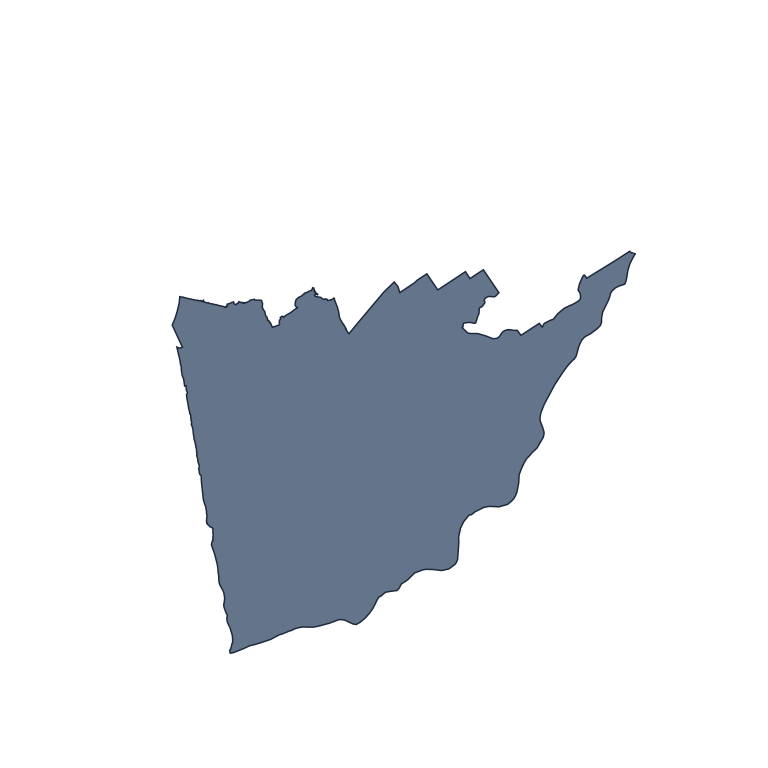 Chilia Veche, Tulcea, Romania, rotated 145°
{"feature_id": "2599482B80107989575451", "entity_name": "Chilia Veche", "entity_type": "district", "adm_level": 2, "iso_a3": "ROU", "parent_name": "Romania", "parent_adm1": "Tulcea", "projection": "orthographic", "projection_center": [29.347, 45.324], "detail": "fine", "context": "isolated", "style": "filled", "palette": "slate", "viewbox_px": 768, "rotation_deg": 145, "n_neighbors": 0, "source": "geoboundaries", "source_scale": "gbopen_adm2", "svg_char_len": 6159}
<svg xmlns="http://www.w3.org/2000/svg" viewBox="0 0 768 768"><g transform="rotate(145 384 384)"><path d="M386.5,502.9L387.0,503.3L387.3,503.1L387.4,503.7L389.0,502.5L389.9,502.3L390.4,502.6L395.3,503.4L396.6,503.9L397.4,503.9L397.9,503.6L398.8,503.8L400.3,503.3L403.9,503.9L405.9,503.8L407.2,503.6L408.5,503.0L410.7,500.8L411.7,499.3L411.8,499.0L411.7,497.8L411.1,496.3L411.4,496.2L414.2,496.3L418.4,496.0L427.5,496.6L427.7,496.3L427.8,496.2L427.9,496.6L428.2,496.9L428.3,497.7L428.5,497.9L430.6,498.1L431.0,497.7L431.1,497.1L431.5,496.4L432.6,496.3L433.6,495.7L434.5,494.5L435.2,492.9L436.0,492.5L442.9,494.4L441.9,499.6L442.5,500.3L442.1,501.1L442.1,502.2L442.2,502.6L442.9,503.2L442.1,504.3L441.5,505.7L441.7,506.8L441.7,507.9L440.1,512.0L440.2,513.2L439.8,516.5L437.3,519.6L437.0,521.5L436.3,522.6L436.5,523.0L441.6,526.8L441.5,527.7L442.9,528.3L445.5,529.4L447.1,529.1L451.4,530.1L451.7,530.8L452.1,531.0L452.3,530.8L451.9,530.6L452.4,530.4L453.1,530.7L453.2,530.9L453.0,531.3L453.4,531.7L453.5,532.4L454.8,533.0L454.9,533.6L455.3,533.9L454.9,534.1L455.7,534.1L455.7,534.6L456.5,534.4L457.1,533.9L458.9,534.2L459.7,533.9L460.8,535.2L460.8,536.0L460.7,536.4L460.1,537.1L460.2,537.6L461.2,537.7L461.8,538.2L462.5,538.1L464.9,538.7L466.7,539.3L466.9,538.9L467.4,538.7L467.3,538.3L467.6,538.1L467.9,537.7L468.8,537.8L469.2,538.2L469.6,538.3L469.0,537.7L470.2,537.8L470.1,538.2L470.4,538.3L471.2,539.7L475.3,544.2L475.6,545.0L477.4,546.4L478.7,548.3L479.2,548.4L479.6,548.8L480.7,550.2L481.4,551.5L482.1,551.6L484.2,554.3L484.1,555.1L484.5,554.6L484.8,555.2L484.6,556.0L485.5,555.8L485.9,556.0L485.6,556.6L486.2,557.5L487.0,557.6L487.6,558.2L487.8,558.7L488.2,558.7L488.6,559.4L489.6,560.1L498.4,569.6L498.3,570.0L498.7,570.1L501.2,572.7L505.5,567.6L511.9,562.0L517.3,557.8L523.7,553.7L528.0,529.8L530.9,530.5L532.5,533.1L537.6,520.3L539.4,516.9L540.1,514.6L541.7,512.2L544.4,506.8L545.4,502.7L548.5,496.7L547.2,496.2L548.2,494.5L548.4,493.8L549.5,492.5L549.5,491.6L550.0,489.6L550.5,489.1L551.8,488.7L553.7,485.3L556.1,479.8L558.0,476.1L559.4,472.2L560.1,471.3L560.2,470.8L559.9,470.2L560.0,470.0L561.1,467.8L563.0,464.8L563.3,463.1L565.0,461.5L565.7,458.6L566.6,456.2L568.2,453.6L569.6,450.8L570.2,449.6L570.3,448.7L571.0,448.2L571.3,447.6L571.9,445.3L572.4,444.4L573.4,441.9L574.1,440.6L575.2,437.8L576.8,435.3L576.9,434.6L577.7,433.8L578.5,432.7L579.3,430.1L581.3,426.4L581.9,423.6L582.3,422.8L584.6,420.6L584.8,420.1L584.8,419.4L585.9,418.0L586.6,415.8L586.7,415.1L586.4,414.0L586.6,413.4L590.0,408.0L598.6,392.3L600.9,384.5L601.1,384.3L601.9,383.0L602.2,381.8L603.6,379.9L604.6,377.3L606.2,375.9L607.0,374.7L607.1,374.4L607.5,374.1L608.2,373.3L608.4,372.6L609.0,371.8L609.1,371.4L608.7,371.1L609.1,370.3L609.1,369.9L608.7,369.2L608.5,367.7L608.6,367.1L607.7,365.9L607.6,365.2L607.2,364.9L607.0,363.9L609.7,359.9L610.2,358.7L612.3,356.5L612.7,355.3L614.1,354.3L614.3,353.9L614.1,353.8L615.7,353.1L617.1,351.8L617.7,350.9L620.3,341.9L623.7,332.7L625.8,328.3L628.0,324.7L628.2,324.0L628.7,323.4L629.0,322.4L632.4,317.0L633.2,315.2L633.8,312.9L634.5,306.7L634.7,305.6L635.4,303.9L637.3,300.0L639.2,297.9L639.7,297.1L641.3,295.8L642.1,294.8L643.1,292.8L644.5,287.8L645.1,284.1L646.7,282.8L647.6,281.4L648.8,279.1L649.2,277.5L649.9,272.8L652.4,265.2L654.2,262.0L656.7,258.5L657.2,258.7L660.2,256.0L661.6,255.0L663.2,254.3L664.4,251.7L661.1,250.2L651.4,247.9L643.7,246.5L640.1,245.0L633.9,242.9L623.2,239.8L614.0,238.7L610.4,237.5L603.3,236.0L601.3,235.2L597.6,234.7L592.8,233.0L589.2,231.1L584.7,227.7L581.2,225.3L576.8,223.3L565.8,219.3L556.7,217.0L554.7,216.0L551.7,213.2L547.0,205.2L544.7,202.9L540.1,202.5L533.3,203.1L527.6,204.5L522.2,206.4L517.5,208.8L514.2,210.7L510.4,212.4L507.6,212.0L504.3,212.5L501.9,212.4L497.5,210.4L491.9,207.4L489.0,207.9L484.5,210.2L476.7,210.0L467.5,211.7L459.5,209.7L456.0,208.2L450.6,204.2L443.7,198.1L436.9,195.3L428.9,195.6L427.2,196.3L424.4,198.0L413.6,211.3L410.6,215.9L404.0,222.0L398.0,225.4L389.8,227.8L387.1,226.8L382.5,227.1L372.7,225.6L367.7,223.2L360.2,217.4L351.8,214.5L346.9,214.9L343.4,215.6L340.5,217.0L337.2,219.1L330.5,225.6L325.3,232.2L320.2,235.7L314.8,238.8L310.2,241.0L306.3,241.7L302.5,242.7L295.3,243.8L284.1,249.0L281.2,251.7L280.3,253.3L279.1,256.9L277.1,264.7L274.8,267.7L271.9,270.5L264.3,275.5L244.8,285.4L231.6,290.7L223.4,293.5L216.0,295.2L213.7,295.3L210.6,296.6L202.4,303.4L196.9,306.5L193.3,307.3L190.3,307.3L186.5,306.7L177.6,307.0L173.2,307.8L170.4,309.8L167.9,313.3L163.6,317.5L152.4,323.7L149.0,326.0L146.6,328.2L143.6,329.5L139.3,330.0L135.6,329.5L129.6,327.7L127.1,329.2L125.3,330.8L118.9,337.3L113.5,341.5L107.6,344.7L103.6,346.5L106.6,350.6L106.5,351.8L123.1,352.4L157.2,354.4L157.2,358.1L158.1,358.6L160.7,357.4L166.3,354.0L170.9,349.9L171.2,349.5L171.2,346.4L172.7,343.0L174.3,341.2L175.9,340.6L177.0,340.4L182.2,340.8L192.4,342.6L194.9,342.5L201.6,341.9L208.1,339.9L211.3,340.8L217.6,341.7L218.4,341.6L221.8,339.8L222.0,344.6L243.9,345.3L244.0,351.5L247.1,353.6L249.4,356.0L251.6,357.6L254.4,358.5L256.7,358.6L258.7,358.1L262.2,356.7L264.9,356.5L267.4,357.7L269.2,359.1L273.1,365.1L278.3,371.6L283.6,375.3L286.0,377.5L287.7,385.3L287.2,385.3L286.4,385.6L284.7,387.8L284.0,388.0L283.3,387.9L279.7,386.1L277.9,384.8L275.3,382.0L274.5,381.5L273.7,381.5L268.1,385.9L265.9,387.1L262.7,391.1L261.4,391.6L259.3,391.1L255.1,392.5L254.3,393.4L254.1,394.5L253.8,395.2L252.0,396.1L250.0,396.1L248.3,395.8L246.9,394.8L243.6,392.1L241.7,392.0L237.5,392.9L237.1,420.6L253.1,421.1L252.8,429.3L286.0,430.2L285.7,449.7L297.3,450.0L301.1,449.4L318.6,449.8L316.7,455.9L317.1,461.7L331.5,459.4L372.0,448.6L383.8,445.3L384.0,446.7L383.9,450.8L383.4,450.8L382.9,456.1L383.2,456.1L382.6,462.5L382.0,464.7L380.1,468.3L378.0,474.0L376.3,481.4L375.8,482.0L375.6,482.6L375.7,483.1L376.5,482.9L379.4,483.4L381.8,484.5L382.4,484.9L382.0,485.9L383.3,487.5L384.8,487.8L385.3,488.3L386.0,491.1L390.0,495.1L390.1,496.3L389.9,496.7L388.9,496.6L388.5,496.4L388.1,496.9L387.4,496.1L387.2,495.2L386.9,495.2L387.2,496.9L388.3,497.9L388.3,498.2L387.8,498.6L387.4,498.5L387.3,498.8L387.9,499.7L387.3,500.0L387.4,500.6L386.8,501.7L386.8,502.5L386.5,502.9Z" fill="#64748b" stroke="#1e293b" stroke-width="1.5"/></g></svg>